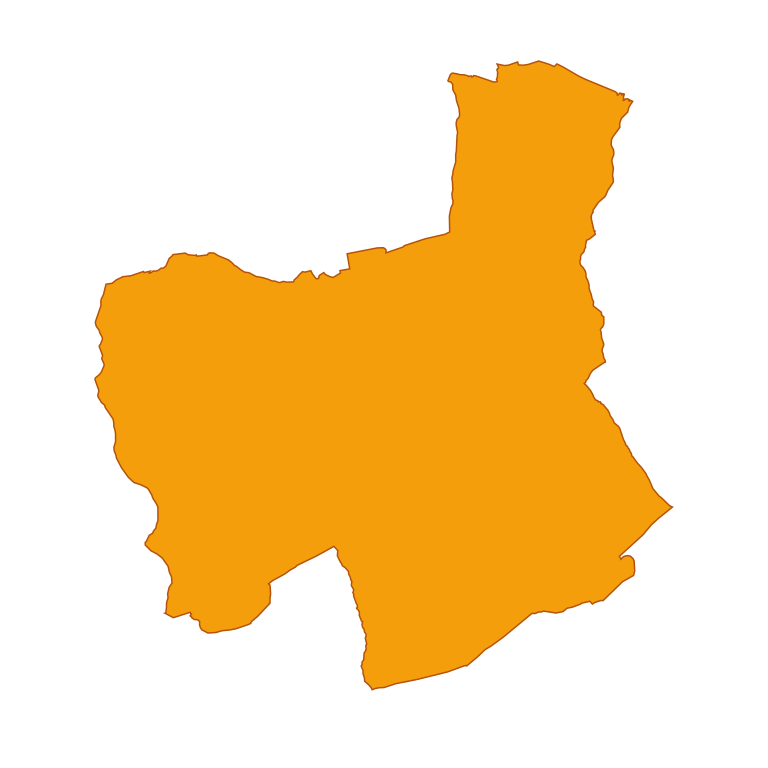 Zatreni, Vâlcea, Romania (Mercator projection), rotated 352°
{"feature_id": "2599482B72418277367964", "entity_name": "Zatreni", "entity_type": "district", "adm_level": 2, "iso_a3": "ROU", "parent_name": "Romania", "parent_adm1": "Vâlcea", "projection": "mercator", "projection_center": [23.843, 44.774], "detail": "fine", "context": "isolated", "style": "filled", "palette": "amber", "viewbox_px": 768, "rotation_deg": 352, "n_neighbors": 0, "source": "geoboundaries", "source_scale": "gbopen_adm2", "svg_char_len": 6131}
<svg xmlns="http://www.w3.org/2000/svg" viewBox="0 0 768 768"><g transform="rotate(352 384 384)"><path d="M652.5,546.0L649.7,544.1L643.0,535.4L640.6,533.0L635.7,525.0L633.5,516.5L631.3,510.8L631.1,509.5L627.4,502.6L623.9,497.5L620.3,490.7L619.5,489.9L619.1,486.7L618.1,484.9L617.9,483.0L616.7,481.3L616.4,479.6L614.9,478.0L614.8,476.5L613.3,471.9L611.3,460.8L610.1,458.4L606.5,454.5L605.7,450.9L603.7,447.2L603.1,444.0L602.0,441.0L598.9,436.2L598.6,435.3L596.0,433.4L596.2,432.5L595.8,431.8L593.6,431.4L593.5,430.4L591.5,429.3L590.1,426.8L589.3,423.6L587.5,419.0L584.0,413.3L582.3,411.5L584.0,410.3L584.4,408.9L587.0,406.7L589.9,402.2L592.7,399.4L604.7,393.5L606.2,393.2L606.3,392.3L606.3,391.2L605.3,389.2L605.1,384.4L604.5,382.0L605.0,379.6L606.7,376.7L607.2,375.0L605.9,368.6L606.2,363.1L605.8,360.4L606.5,359.3L608.4,357.9L610.1,354.9L611.0,348.2L609.2,346.2L609.2,343.2L602.3,336.0L602.2,334.8L603.0,331.8L602.0,328.7L601.6,323.9L600.6,319.5L600.5,316.8L600.9,314.5L600.3,310.4L599.0,306.2L599.3,302.7L599.0,299.9L597.2,296.2L595.3,293.6L595.0,292.4L595.0,289.9L596.0,287.8L596.4,285.2L597.3,283.4L600.3,281.0L601.5,278.1L602.7,276.7L602.8,274.7L604.6,269.9L607.8,268.9L614.0,265.2L613.7,262.5L614.3,262.0L613.3,261.5L612.2,248.2L612.6,248.0L612.4,247.0L613.4,244.8L615.0,243.0L614.9,241.8L615.4,240.7L621.8,233.8L628.7,229.3L630.1,227.6L632.5,223.5L639.0,216.2L639.5,214.2L639.4,209.0L641.2,202.3L640.6,195.2L641.3,192.6L643.4,189.0L643.9,186.0L643.7,183.4L642.7,180.8L642.2,178.6L643.3,173.6L644.8,171.4L653.3,162.6L653.5,159.6L654.4,157.0L656.2,153.9L663.1,148.7L665.2,143.7L669.6,138.7L668.2,137.8L666.0,137.9L666.0,137.4L666.8,136.7L664.7,135.4L662.5,135.4L661.6,136.3L660.5,136.5L660.4,136.1L661.0,135.4L661.0,133.3L662.3,130.5L662.0,130.1L661.1,129.8L660.7,129.9L660.5,130.8L659.8,130.8L659.4,130.1L659.5,129.3L658.1,128.7L656.2,130.3L655.3,130.3L655.5,128.6L654.0,126.9L625.5,110.1L619.8,106.3L605.7,95.2L599.8,91.1L597.0,93.2L596.2,93.0L592.2,90.5L582.2,85.7L571.5,87.6L566.2,87.7L561.6,86.7L561.1,83.7L551.5,85.6L547.5,85.4L540.5,82.9L541.5,86.4L541.2,87.1L539.6,88.2L539.9,91.3L538.9,96.1L537.8,97.8L538.4,99.8L537.8,100.3L534.8,100.3L517.6,91.6L515.5,91.1L514.7,92.1L513.7,92.2L513.1,91.0L510.5,91.2L510.0,90.5L506.5,89.0L502.0,88.2L500.1,87.2L494.9,85.6L492.8,86.8L489.5,92.6L490.0,93.4L492.3,94.3L493.7,97.0L493.1,102.2L495.2,107.9L495.2,113.4L496.6,121.5L496.4,127.7L495.6,130.1L493.1,132.2L491.9,135.0L491.5,138.3L491.9,145.2L490.9,148.3L488.0,163.5L486.9,166.9L485.9,174.2L482.2,182.3L481.3,185.8L479.9,189.3L479.9,193.6L479.2,201.3L477.7,205.2L477.5,210.2L477.9,212.0L477.2,215.3L474.8,218.9L472.1,226.8L470.2,242.6L465.3,244.2L445.2,245.9L423.4,249.8L422.0,251.0L404.2,254.4L404.7,251.5L403.6,249.9L402.1,248.9L396.0,248.3L365.6,249.9L366.1,265.2L356.2,265.6L356.3,268.1L348.4,271.4L345.1,270.0L341.2,267.4L339.9,265.3L335.6,267.2L334.5,268.2L334.2,270.0L332.6,270.6L331.6,270.3L330.8,269.3L328.5,265.1L327.3,261.6L321.3,262.2L318.9,261.4L315.5,263.8L313.1,266.1L309.6,268.4L308.6,270.3L301.8,269.6L298.7,268.4L294.6,269.1L290.0,266.8L287.6,266.4L283.7,264.1L278.4,261.7L272.2,259.7L265.8,255.0L261.5,253.8L258.0,250.9L254.2,246.9L252.5,245.9L250.3,242.7L247.3,239.5L237.9,234.0L233.9,230.7L229.6,229.9L228.2,230.2L227.0,231.6L216.5,231.4L216.2,230.1L214.5,230.3L208.9,229.0L207.5,228.4L205.3,226.7L193.0,226.5L191.6,228.0L188.8,229.7L184.4,236.9L181.7,238.6L179.2,238.3L176.2,240.1L173.2,240.5L171.3,239.9L169.0,241.2L166.9,241.6L167.0,240.7L168.0,239.7L161.9,240.3L161.5,239.1L148.3,241.6L140.3,241.4L133.3,243.7L128.8,246.4L122.6,246.5L118.6,256.5L115.8,260.6L115.0,263.3L114.7,266.8L106.9,282.2L106.7,284.0L107.2,287.0L109.3,290.9L109.8,294.1L111.4,298.4L111.5,300.2L110.9,301.4L108.7,305.3L107.5,306.2L107.2,307.3L109.3,316.6L108.0,319.7L109.6,325.4L109.2,327.1L105.9,332.6L103.7,334.9L99.0,337.8L98.4,339.3L100.6,350.1L100.5,351.5L99.0,355.4L99.0,356.8L101.7,363.1L104.4,366.0L104.7,368.5L110.8,380.9L111.0,384.7L110.6,388.4L111.2,392.5L111.2,396.2L110.1,403.9L107.7,409.0L107.5,412.3L108.7,417.6L108.7,420.0L112.5,430.6L117.9,440.9L122.7,446.8L128.9,449.8L134.4,453.5L135.9,455.1L138.5,461.3L139.2,464.9L141.8,470.6L143.0,474.3L141.1,488.1L139.4,490.9L138.1,494.9L135.1,497.7L134.2,499.6L130.5,501.1L126.7,506.9L125.6,507.5L125.3,508.6L125.2,510.3L130.0,516.7L136.0,521.1L140.2,525.5L144.8,534.4L145.3,540.6L146.7,545.4L146.4,551.5L142.9,555.5L141.8,558.4L140.5,561.8L140.4,565.7L138.6,569.5L137.8,572.4L137.7,574.1L136.1,580.4L135.2,580.5L142.9,586.1L160.2,583.1L160.6,584.4L161.3,585.0L159.7,586.6L161.1,588.1L161.2,588.9L163.4,590.8L166.5,591.5L168.4,593.4L167.8,596.8L168.2,599.4L169.3,602.0L175.0,606.1L183.0,606.7L189.3,605.8L197.4,606.1L203.6,605.7L216.3,603.3L218.8,602.5L218.8,601.9L220.2,600.5L226.4,596.6L240.6,585.2L241.3,580.4L242.5,576.1L243.1,568.4L243.0,567.0L241.8,565.9L246.3,563.2L259.5,558.2L264.9,555.3L270.7,553.0L272.7,551.5L292.7,545.1L311.8,537.8L315.0,542.5L313.9,547.7L315.8,553.6L317.3,556.9L317.4,558.1L319.9,560.4L322.7,564.5L322.6,567.5L323.6,570.1L324.0,573.7L324.7,574.9L323.6,578.9L325.4,583.7L324.1,586.4L324.8,587.9L324.4,589.6L326.0,597.3L326.8,599.2L326.6,601.2L325.7,601.9L325.6,602.5L327.1,604.2L327.9,606.7L327.3,609.7L328.8,615.8L329.8,616.5L328.7,618.9L329.0,622.3L330.1,623.9L330.2,626.8L331.4,629.4L331.2,631.0L330.1,633.0L330.7,639.1L329.5,640.4L329.7,641.4L329.4,642.4L329.6,643.9L328.8,644.8L328.7,645.7L326.9,647.5L325.5,654.3L323.5,656.4L323.4,658.4L322.2,659.9L322.4,661.6L323.4,664.4L322.9,668.0L323.7,672.1L323.5,675.7L327.0,679.7L329.1,683.1L329.7,685.1L333.0,684.3L336.8,684.1L341.8,684.6L353.8,682.4L375.5,681.2L407.3,677.9L424.3,674.2L426.0,674.2L426.6,674.7L437.9,667.7L447.0,661.2L453.9,658.2L467.0,651.2L498.5,631.8L502.2,632.3L504.6,631.4L508.6,631.6L510.4,631.1L522.4,634.7L529.6,634.3L534.2,631.5L539.4,631.2L548.1,629.3L549.3,628.6L557.6,627.8L559.7,630.9L562.7,629.6L568.4,628.6L570.8,629.0L592.8,612.9L604.5,608.3L606.2,604.3L607.1,594.2L606.4,591.8L604.1,588.8L601.6,587.9L598.9,587.9L596.5,588.6L594.3,590.6L593.1,587.4L619.7,569.2L628.8,560.9L636.8,555.4L652.5,546.0Z" fill="#f59e0b" stroke="#b45309" stroke-width="1.5"/></g></svg>